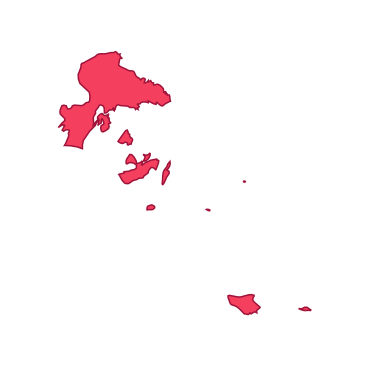 outline of Attiki, rotated 309°
{"feature_id": "GRC-2884", "entity_name": "Attiki", "entity_type": "Region", "adm_level": 1, "iso_a3": "GRC", "parent_name": "Greece", "parent_adm1": "", "projection": "mercator", "projection_center": [23.522, 37.086], "detail": "fine", "context": "isolated", "style": "filled", "palette": "rose", "viewbox_px": 384, "rotation_deg": 309, "n_neighbors": 0, "source": "natural_earth", "source_scale": "10m", "svg_char_len": 5592}
<svg xmlns="http://www.w3.org/2000/svg" viewBox="0 0 384 384"><g transform="rotate(309 192 192)"><path d="M220.9,25.7L222.5,25.4L224.9,26.9L226.1,27.2L236.3,31.5L238.4,31.8L240.3,32.5L242.0,34.1L244.6,37.4L249.6,41.5L250.4,42.5L250.9,43.3L252.8,44.1L253.2,45.2L253.0,46.3L252.7,47.3L252.9,48.3L254.0,49.3L252.9,49.7L252.3,50.8L252.0,52.2L251.8,54.0L251.2,52.1L249.5,52.3L244.4,55.1L244.5,57.9L246.0,63.6L246.5,66.2L247.5,68.0L248.5,69.4L249.0,70.6L248.7,71.8L247.3,74.7L246.8,76.0L246.8,77.2L247.1,78.5L247.2,80.0L246.8,81.6L247.9,81.6L249.2,81.9L250.1,82.8L250.4,84.2L250.0,84.9L246.8,86.1L247.5,87.0L248.5,87.6L249.6,88.0L251.2,87.9L250.4,88.9L251.0,89.1L252.6,89.8L252.0,90.9L251.8,91.9L252.1,92.7L252.6,93.4L252.1,93.7L251.6,94.1L251.3,94.6L251.2,95.3L253.7,96.9L254.5,98.2L254.8,100.4L254.6,103.2L254.2,104.7L251.8,107.3L253.2,108.1L253.2,109.1L251.8,109.1L251.8,109.9L252.5,110.0L252.6,110.5L252.5,111.1L252.6,111.8L252.5,111.5L252.4,111.1L251.8,111.8L253.1,113.2L252.3,114.6L250.4,116.3L249.0,118.2L247.8,117.4L243.7,115.7L242.1,115.4L240.2,114.8L239.5,113.1L239.5,108.1L238.8,108.1L237.4,108.9L236.4,106.5L235.2,100.8L234.8,101.2L233.8,101.8L233.0,99.6L231.3,97.4L229.4,96.0L227.9,96.2L227.5,95.8L227.1,95.5L226.7,95.2L226.4,94.4L225.8,94.4L225.2,97.2L224.1,97.3L223.0,96.8L222.2,98.1L222.0,97.2L221.9,96.5L221.6,96.1L220.6,96.2L221.3,94.6L220.8,93.2L218.6,90.7L218.3,88.1L213.9,81.6L213.5,79.7L211.7,78.9L209.9,79.3L208.1,80.1L206.2,80.6L206.2,80.0L206.2,79.7L207.2,79.3L207.6,78.9L207.7,78.0L206.1,78.6L205.2,77.9L204.3,76.7L203.0,76.0L201.5,76.0L200.2,75.8L199.1,75.2L198.3,74.2L202.1,70.8L203.0,68.8L202.3,66.4L201.3,65.4L200.6,65.3L199.9,65.7L199.0,65.9L195.0,65.9L193.9,66.2L193.2,66.8L192.7,67.4L192.1,67.7L189.6,67.9L188.5,68.2L187.4,68.7L183.4,72.4L181.6,73.2L185.2,74.2L183.1,75.0L174.7,74.2L163.8,75.1L159.8,77.1L156.7,79.6L156.6,79.2L156.3,78.5L154.9,74.6L151.5,68.5L148.0,63.7L147.9,63.6L150.5,63.2L158.1,60.9L159.9,58.9L161.7,58.5L162.7,57.7L162.1,56.1L160.4,54.6L158.4,54.0L158.4,53.3L158.4,52.1L159.7,52.0L162.1,51.4L163.5,51.2L163.5,50.2L162.4,50.1L162.9,49.9L162.6,49.0L158.0,47.5L164.0,47.6L167.6,48.2L169.0,46.6L169.7,40.5L171.2,38.9L173.2,37.8L177.1,36.6L178.8,37.7L179.9,40.1L178.8,41.7L178.5,43.5L180.1,44.9L181.9,45.2L183.8,44.8L185.5,45.9L189.6,51.8L191.2,52.8L194.8,53.5L196.4,54.9L198.2,55.2L202.0,52.6L204.9,49.4L205.8,36.7L208.0,33.0L211.6,29.6L217.6,27.7L220.5,26.4L220.9,25.7ZM159.6,124.0L159.9,124.1L164.2,127.4L165.0,126.4L168.9,130.3L169.3,130.4L169.9,130.5L170.7,131.0L172.9,132.8L174.0,133.4L175.4,133.7L177.9,132.1L177.8,128.5L175.8,125.1L172.8,123.7L172.8,122.8L174.6,121.3L176.6,120.5L182.0,120.0L183.1,121.6L182.6,125.2L181.1,128.9L179.4,131.0L180.5,132.1L181.6,132.9L182.9,133.4L184.4,133.7L184.4,134.7L182.4,135.4L181.6,135.5L181.6,136.4L182.3,136.4L183.2,136.8L185.9,137.4L188.3,138.9L190.5,139.7L195.4,143.8L194.9,144.4L194.7,144.7L194.9,145.0L195.4,145.6L195.4,146.5L193.3,147.7L187.0,149.8L186.5,149.8L186.6,147.6L186.5,146.5L185.3,144.8L181.3,144.8L179.3,145.9L174.0,144.6L172.1,145.0L169.0,141.9L167.2,141.5L164.0,139.1L158.8,137.5L157.2,135.8L156.5,133.8L157.1,130.3L159.5,124.6L159.6,124.0L159.6,124.0ZM141.1,295.9L148.0,300.9L149.8,303.0L150.8,305.3L150.2,305.8L148.6,305.9L146.8,306.7L146.0,308.0L145.6,309.7L145.3,317.4L144.8,317.6L143.2,317.4L141.4,316.9L140.1,317.1L138.9,318.4L138.5,316.5L137.4,315.6L134.5,314.7L134.4,314.3L134.5,313.8L134.6,313.2L134.1,313.0L132.7,313.1L132.4,313.0L131.8,312.2L130.8,310.1L130.2,309.4L131.1,302.0L131.0,299.0L130.2,295.9L129.6,294.5L129.2,293.3L129.4,292.0L132.7,286.4L134.0,285.3L135.2,286.1L139.4,293.9L141.1,295.9ZM183.0,85.2L182.3,84.2L182.3,83.4L183.1,82.1L184.5,80.6L186.3,79.7L189.4,80.7L190.7,79.4L191.8,77.5L192.4,76.0L191.2,76.1L190.2,76.8L189.4,77.6L188.5,78.0L187.6,77.7L185.6,76.9L184.4,77.0L188.2,75.1L186.8,74.4L185.2,73.2L186.4,73.1L187.6,73.2L188.6,73.5L189.6,74.2L189.8,73.2L190.0,73.0L189.6,72.4L190.4,71.8L191.2,71.4L192.2,71.4L194.6,71.7L195.9,72.3L196.6,73.2L196.1,74.2L196.1,74.9L196.4,75.9L197.0,76.6L197.7,77.1L197.5,77.3L197.6,78.0L200.5,78.0L196.8,79.7L197.3,81.1L195.0,83.1L194.6,85.2L193.9,85.2L192.8,84.2L191.8,85.0L190.7,86.4L189.2,87.1L187.7,87.0L184.4,85.9L183.0,85.2ZM197.6,101.8L199.4,102.6L198.7,104.1L197.4,105.7L197.6,107.3L196.1,108.4L195.8,109.8L195.9,111.4L195.4,112.8L194.5,113.3L192.1,114.0L191.0,114.6L190.2,113.8L189.7,113.3L188.2,112.8L188.2,111.8L189.4,111.1L189.3,109.8L188.4,108.6L187.0,108.1L185.8,107.3L185.0,105.4L184.7,103.5L184.8,102.6L197.6,101.8ZM201.9,155.6L200.2,157.3L197.7,158.4L195.1,158.8L193.2,158.4L193.6,161.1L192.3,162.4L190.2,162.8L187.8,162.9L181.7,164.6L179.4,164.7L179.4,163.8L188.8,157.4L191.4,156.6L196.1,156.5L198.3,155.6L201.9,155.6ZM153.4,166.6L154.0,167.1L155.8,168.1L156.6,168.8L157.0,169.8L157.2,171.2L157.0,172.4L155.9,173.0L153.7,172.5L152.4,171.3L151.4,169.8L149.8,168.4L150.6,167.6L151.4,167.0L152.4,166.7L153.4,166.6ZM190.3,131.0L190.8,130.9L190.9,131.1L190.9,131.5L191.0,131.9L191.8,133.2L192.8,134.1L193.9,134.6L195.4,134.7L195.4,135.5L193.4,136.7L190.7,137.2L188.0,136.8L185.9,135.5L185.9,134.7L188.9,133.9L190.1,133.0L190.3,131.0ZM169.2,349.7L171.1,351.2L173.2,352.0L174.8,353.9L175.1,358.6L174.3,358.6L173.7,357.4L171.1,354.6L170.2,353.2L169.5,351.6L168.6,348.8L169.0,348.7L169.1,348.9L169.1,349.3L169.2,349.7ZM188.4,215.2L188.9,215.8L189.2,217.2L188.9,217.5L188.2,217.2L187.9,216.3L187.9,216.0L187.7,215.9L187.7,215.2L187.4,214.2L188.0,214.4L188.4,215.2ZM233.3,225.5L233.6,226.2L233.8,226.7L233.3,227.0L232.5,226.4L232.5,225.5L233.3,225.5Z" fill="#f43f5e" stroke="#9f1239" stroke-width="1.5"/></g></svg>